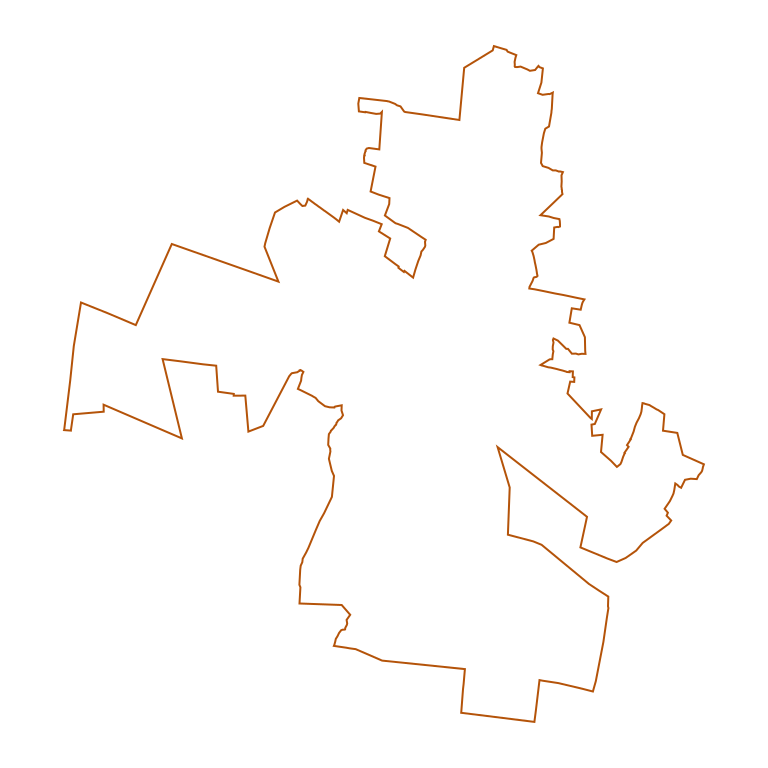 Ticul, Yucatán, Mexico
{"feature_id": "50627088B40370346944296", "entity_name": "Ticul", "entity_type": "district", "adm_level": 2, "iso_a3": "MEX", "parent_name": "Mexico", "parent_adm1": "Yucatán", "projection": "equal_earth", "projection_center": [-89.54, 20.365], "detail": "fine", "context": "isolated", "style": "outline", "palette": "amber", "viewbox_px": 768, "rotation_deg": 0, "n_neighbors": 0, "source": "geoboundaries", "source_scale": "gbopen_adm2", "svg_char_len": 5896}
<svg xmlns="http://www.w3.org/2000/svg" viewBox="0 0 768 768"><path d="M333.9,645.9L346.2,647.7L349.5,648.3L353.8,648.9L355.4,649.1L355.6,649.1L382.1,660.6L464.9,669.1L463.6,684.1L463.0,689.3L461.4,710.5L461.2,712.8L534.4,721.9L535.9,710.3L539.5,680.1L542.6,680.7L558.4,683.1L570.6,686.0L579.1,688.0L583.6,689.1L587.5,690.1L592.9,691.5L595.8,681.2L603.4,641.9L606.9,617.6L608.4,608.1L608.0,606.3L608.3,596.6L599.6,591.0L589.0,584.0L541.6,544.8L533.3,541.4L507.9,534.7L509.7,487.5L497.6,447.1L524.0,467.7L530.8,473.0L587.0,516.8L585.4,524.3L580.4,547.4L607.3,558.5L616.6,562.0L625.6,558.0L636.2,550.6L642.7,542.9L650.7,537.1L665.0,526.7L667.5,524.8L668.7,524.0L671.2,520.5L666.6,515.7L667.9,512.7L664.6,508.8L669.9,501.1L672.4,496.0L673.5,493.5L674.3,489.9L675.3,483.5L677.5,485.0L679.0,486.6L681.1,487.8L685.0,479.8L690.7,478.7L696.8,479.1L698.7,475.1L699.2,474.6L701.3,472.2L702.1,470.8L702.7,468.4L702.9,467.2L703.9,464.3L682.8,454.9L677.3,432.9L663.0,430.7L664.4,414.2L658.1,410.0L656.6,409.4L653.7,407.6L650.4,405.7L649.6,405.1L644.9,403.8L644.3,403.5L643.2,403.2L642.5,403.1L642.4,403.8L642.1,405.6L641.9,407.7L641.4,411.6L640.6,414.3L638.9,418.3L636.6,422.6L634.9,426.8L633.6,431.6L631.0,438.2L630.4,439.0L630.8,439.3L627.0,445.1L628.6,446.8L624.4,452.9L624.8,453.3L624.6,453.5L623.1,456.9L622.0,460.3L621.3,462.3L620.4,464.1L617.2,466.7L616.9,466.9L611.0,460.8L601.0,452.0L602.6,434.8L592.2,435.8L591.5,424.6L594.8,424.0L601.1,409.4L591.9,411.3L591.8,419.0L590.9,418.3L590.7,418.2L567.5,393.5L570.2,381.6L574.2,381.9L574.4,377.4L572.7,377.1L572.9,371.4L569.6,371.2L569.6,372.2L567.1,372.0L566.6,371.9L566.1,371.6L564.4,371.1L562.8,370.6L559.6,369.8L556.7,369.0L553.7,368.3L550.8,367.6L548.3,367.3L545.9,366.6L542.9,365.7L542.1,365.6L540.5,365.0L549.6,359.4L550.9,359.2L552.3,359.2L552.8,354.3L553.4,351.2L552.7,349.4L552.8,346.2L553.3,343.7L553.5,342.5L553.1,340.9L552.9,340.0L553.5,338.5L557.9,340.6L562.7,345.3L566.3,348.9L568.0,348.9L571.9,353.7L575.9,353.6L578.4,354.4L581.6,353.8L585.5,353.9L585.2,350.9L584.9,337.2L583.3,333.6L579.5,325.1L569.4,322.7L571.8,308.3L580.7,309.7L581.8,304.9L582.3,303.2L582.6,302.4L583.3,301.1L584.4,299.4L575.6,297.6L569.1,296.2L562.8,294.9L555.1,293.5L544.1,291.2L534.6,289.3L529.3,288.5L529.5,286.9L530.9,284.2L531.6,282.8L532.4,281.3L533.1,279.5L533.4,278.3L533.8,277.7L534.2,277.3L534.8,277.2L535.7,277.1L536.3,276.9L536.8,276.7L537.1,276.2L537.5,275.9L537.4,275.3L537.0,273.7L536.8,272.2L536.4,269.7L535.5,265.1L534.9,262.5L534.5,260.1L533.6,256.0L532.4,252.0L531.7,250.7L538.7,244.7L545.8,243.0L553.6,238.9L554.2,227.5L556.3,227.1L557.4,226.9L558.3,227.1L560.0,226.5L560.0,224.1L559.8,221.1L559.4,219.1L553.7,218.0L548.9,216.5L540.5,215.2L554.0,202.3L562.5,194.1L562.2,193.0L562.0,191.8L562.0,190.0L561.7,189.4L561.7,188.2L561.4,186.6L561.7,181.5L561.5,175.3L562.9,172.1L559.9,171.4L559.0,171.6L555.8,170.4L552.8,170.4L548.5,167.9L542.7,166.1L541.0,162.9L541.9,152.8L541.5,148.9L541.5,147.1L542.1,142.5L543.9,133.2L545.3,128.7L549.0,126.5L551.4,112.7L551.5,110.9L551.8,109.0L552.6,94.1L552.8,92.6L549.7,94.1L548.4,94.0L542.6,94.8L538.0,93.2L541.4,82.6L542.9,68.4L539.4,67.1L538.5,65.9L537.9,66.5L535.1,70.0L529.9,70.8L527.5,69.5L520.6,66.6L517.0,67.1L515.1,67.0L514.7,66.4L514.8,64.7L514.6,61.9L515.5,57.6L516.3,55.1L510.0,52.6L507.6,51.6L506.6,49.9L493.9,46.1L492.7,50.4L464.2,67.8L459.4,120.0L422.2,114.4L405.1,112.0L404.1,111.5L400.5,106.4L397.0,105.3L395.1,103.9L389.0,101.5L387.7,101.3L387.2,101.1L372.1,99.4L359.3,98.0L358.3,103.6L358.9,111.4L365.2,112.3L365.4,111.9L371.1,113.0L376.2,113.9L380.2,113.6L381.9,111.9L379.3,149.4L368.9,148.0L366.7,148.6L365.5,150.3L365.7,151.1L365.4,151.4L364.5,154.1L364.7,155.4L364.2,155.5L364.0,157.9L364.3,162.9L375.5,166.6L370.6,191.5L378.9,194.7L389.5,198.1L389.2,204.1L384.9,215.5L394.9,222.8L395.7,223.3L397.7,223.9L407.9,227.9L421.1,236.8L425.7,239.8L425.0,241.8L425.3,245.6L424.9,246.9L423.7,248.7L422.8,250.0L421.4,251.5L420.6,255.4L418.3,260.9L415.4,269.6L413.1,277.6L404.5,270.9L403.9,272.0L398.4,267.8L398.7,266.5L395.6,264.3L384.8,256.2L390.2,238.5L378.9,231.4L381.7,224.2L373.0,220.7L364.9,217.8L347.7,209.9L346.7,213.2L343.1,210.0L339.1,221.7L336.2,219.3L333.7,217.4L324.6,210.8L324.3,210.7L323.0,209.7L322.3,209.2L321.2,208.4L320.3,207.7L319.4,207.1L318.5,206.5L317.6,205.8L316.7,205.1L315.8,204.5L314.9,203.9L314.0,203.2L313.1,202.5L312.2,201.9L311.3,201.2L310.5,200.6L309.6,199.9L308.7,199.3L308.0,198.8L307.9,198.7L307.8,198.8L307.4,200.4L307.1,201.6L305.3,205.6L302.4,206.0L300.3,204.0L297.1,200.6L284.4,206.9L275.0,212.5L269.7,228.0L265.2,243.3L264.5,246.7L278.4,281.6L246.2,270.2L171.8,244.0L135.8,325.1L107.7,313.2L85.2,304.2L81.0,302.5L73.8,346.0L70.2,380.6L64.2,429.8L64.1,430.1L70.9,430.6L70.9,430.3L73.2,414.3L103.7,411.7L103.6,404.7L167.9,432.4L181.9,438.4L162.6,359.1L181.1,361.4L203.0,364.3L216.2,365.7L218.0,391.7L233.8,393.9L233.7,395.7L245.3,395.6L248.4,431.6L263.2,425.9L289.2,376.2L289.8,375.5L291.1,373.9L291.9,373.2L297.4,372.2L298.6,371.3L299.6,370.9L299.6,370.3L300.4,370.0L301.7,370.7L303.4,371.9L301.9,375.0L301.4,377.9L301.2,379.6L301.1,380.7L297.9,388.9L301.1,390.4L312.2,395.9L313.1,396.5L315.6,397.9L318.3,401.2L325.0,406.2L329.6,407.3L334.4,407.5L334.6,406.8L335.4,406.5L341.7,405.3L341.5,410.5L343.0,415.2L341.1,418.3L338.1,420.4L337.4,421.7L336.5,422.8L336.4,423.9L335.7,424.8L335.8,425.0L334.4,426.4L333.8,427.7L331.6,430.1L330.9,430.7L330.7,431.6L328.9,434.1L328.5,438.5L328.2,444.9L330.3,448.6L330.2,449.8L330.4,451.5L328.9,458.8L331.8,470.9L334.0,475.9L331.9,496.9L324.1,513.2L319.7,521.0L316.0,529.6L308.4,547.9L306.2,552.4L302.7,558.7L302.3,562.2L300.7,565.7L300.2,569.8L299.4,584.8L300.4,587.3L299.5,603.5L341.7,605.0L350.2,614.8L346.6,619.9L347.2,623.5L346.8,625.0L345.3,627.8L345.1,629.4L344.0,629.7L342.6,629.7L341.2,630.2L339.1,632.9L337.4,636.4L335.8,638.9L335.3,641.3L334.4,644.7L333.9,645.9Z" fill="none" stroke="#b45309" stroke-width="2"/></svg>